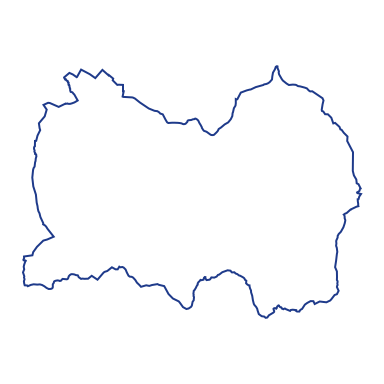 Varciorog, Bihor, Romania (Mercator projection)
{"feature_id": "2599482B6130450943921", "entity_name": "Varciorog", "entity_type": "district", "adm_level": 2, "iso_a3": "ROU", "parent_name": "Romania", "parent_adm1": "Bihor", "projection": "mercator", "projection_center": [22.291, 46.961], "detail": "fine", "context": "isolated", "style": "outline", "palette": "blue", "viewbox_px": 384, "rotation_deg": 0, "n_neighbors": 0, "source": "geoboundaries", "source_scale": "gbopen_adm2", "svg_char_len": 5855}
<svg xmlns="http://www.w3.org/2000/svg" viewBox="0 0 384 384"><path d="M336.9,294.2L338.6,290.8L336.9,287.0L337.1,285.9L337.6,285.0L337.3,283.5L337.6,281.9L337.5,281.0L336.9,280.0L337.0,277.1L336.9,271.4L335.1,267.2L336.1,260.7L336.9,253.9L337.3,251.9L336.8,247.8L336.1,245.8L336.4,243.4L336.2,241.6L336.3,240.5L337.6,237.6L337.7,235.8L338.2,235.0L338.7,234.0L340.7,232.0L341.2,231.2L343.4,227.3L344.7,223.4L345.3,220.6L345.2,219.7L344.7,218.4L344.6,216.1L344.1,214.9L343.8,214.6L344.8,213.8L346.7,213.0L350.6,209.5L350.9,209.6L351.5,209.1L356.5,206.7L358.4,206.2L358.2,205.5L358.2,203.8L357.8,201.2L357.7,199.3L358.5,199.2L359.3,196.5L361.0,194.0L357.4,193.1L357.1,192.4L358.8,191.4L359.5,190.8L360.2,188.2L360.5,188.2L358.5,184.2L356.7,183.3L356.3,179.5L353.9,175.4L352.8,170.9L353.0,152.2L347.2,141.0L347.5,136.5L343.8,132.8L341.6,129.8L340.4,129.4L339.5,126.9L335.1,122.9L333.3,123.4L331.3,117.7L327.9,114.3L325.1,114.2L323.3,111.5L322.0,111.0L321.7,109.9L322.6,104.2L323.5,100.5L322.5,98.2L312.3,91.3L310.2,91.4L308.8,90.5L306.9,88.4L304.7,87.6L300.2,86.4L298.0,86.1L296.4,85.1L295.6,84.8L292.9,84.6L288.9,85.0L286.5,83.5L282.8,80.5L281.6,78.8L279.1,74.4L278.7,72.7L278.9,71.3L277.5,68.0L277.5,66.4L276.9,66.2L275.8,66.8L274.9,69.4L273.0,72.6L272.3,76.5L272.0,79.5L269.6,82.2L267.8,83.4L266.2,84.0L264.1,84.4L263.3,85.0L255.8,87.1L250.7,89.5L249.7,89.6L246.7,90.4L240.8,92.6L237.3,99.3L236.4,99.4L235.8,99.1L235.8,103.3L235.5,105.6L233.9,108.2L233.0,112.2L232.6,113.1L232.3,116.1L230.8,119.2L228.2,122.4L224.7,124.4L220.9,127.6L218.7,129.0L217.8,130.9L216.7,132.2L214.0,134.8L212.9,135.1L211.2,135.0L210.3,134.5L206.6,131.8L205.1,131.2L204.2,131.0L203.3,130.1L201.9,127.9L201.8,127.2L200.3,124.4L199.7,123.6L198.2,120.5L197.0,119.4L195.6,118.6L194.9,118.7L194.5,119.1L192.9,119.3L191.2,120.0L188.8,120.2L187.9,120.5L187.5,121.0L187.3,121.9L185.5,123.8L183.9,124.2L182.8,124.0L181.6,123.4L179.6,123.0L177.0,122.8L172.5,122.7L168.3,123.0L167.1,122.3L165.5,119.6L162.8,114.4L161.8,114.0L160.3,113.6L159.1,112.3L157.4,111.2L154.5,110.8L148.8,108.5L139.9,102.5L134.9,98.5L133.0,97.6L132.1,97.4L123.3,96.9L122.6,96.6L123.7,91.3L123.0,91.3L123.0,84.9L118.6,84.7L117.3,84.9L112.7,80.3L113.2,78.6L108.8,75.0L108.6,75.4L102.4,69.9L95.3,78.1L89.8,74.2L81.1,69.6L77.0,77.0L76.7,77.2L72.9,74.5L69.4,72.9L64.1,77.4L64.2,77.8L64.5,77.9L64.7,78.7L65.0,79.0L65.1,79.5L65.3,79.6L65.8,79.3L66.2,79.9L66.1,80.1L66.8,80.8L67.6,80.9L68.0,81.9L67.9,82.3L68.0,82.5L68.4,82.4L68.6,82.6L68.5,84.4L69.0,84.7L69.0,85.0L68.8,85.2L69.1,85.6L69.4,85.6L69.5,86.0L69.6,87.6L69.9,87.9L69.9,88.5L70.2,88.9L70.1,89.4L70.2,89.6L70.2,90.6L70.7,91.9L72.4,92.3L73.7,94.0L74.2,94.3L77.7,100.5L74.5,102.4L71.8,103.4L69.9,103.9L68.0,103.8L67.4,103.5L65.4,103.9L65.3,103.7L58.7,106.9L49.8,103.0L48.1,102.8L43.5,104.9L46.7,109.6L44.7,116.4L38.9,123.3L39.6,128.2L40.2,130.1L37.5,135.6L36.2,140.8L35.0,140.9L34.9,146.3L34.4,146.6L34.0,147.9L34.1,149.1L34.6,150.5L34.4,151.7L35.2,153.0L35.0,153.5L35.1,154.0L35.8,154.1L36.3,155.0L36.2,155.5L36.4,156.4L36.2,156.9L36.1,157.5L35.8,158.3L35.5,161.2L35.1,162.2L34.6,166.6L33.6,168.1L33.1,169.8L32.3,177.6L33.3,186.4L35.9,194.6L36.7,202.7L37.5,206.1L37.8,208.6L38.4,211.2L39.5,213.3L40.4,217.0L43.3,223.3L43.1,224.3L45.1,225.5L46.2,226.7L47.5,228.8L53.7,236.7L47.2,239.5L43.3,240.6L37.0,246.8L33.2,252.1L32.4,255.3L24.0,256.5L24.1,258.1L23.4,259.8L23.6,260.3L25.5,260.5L25.8,260.8L25.2,261.7L24.2,264.6L23.7,266.8L24.2,269.3L23.0,272.4L24.3,276.3L24.0,277.5L24.4,278.7L24.5,279.5L23.9,281.2L24.2,283.5L24.7,285.3L27.2,285.5L27.8,286.2L30.9,284.9L33.6,284.3L37.3,284.6L39.9,284.4L42.1,285.0L44.4,286.3L46.5,287.9L48.7,289.0L50.9,288.9L51.9,288.5L52.5,288.0L52.8,287.1L52.8,284.3L53.7,283.0L54.1,281.5L54.9,281.0L55.8,280.7L57.5,280.4L58.9,280.6L59.9,281.0L61.1,280.6L61.8,279.6L62.7,278.9L66.7,279.3L67.5,279.1L68.1,278.3L68.8,276.2L69.9,275.0L71.2,274.2L72.9,274.2L74.5,274.5L76.2,275.2L77.0,275.2L77.9,275.4L78.7,277.2L81.1,278.9L82.2,278.6L84.4,278.8L88.1,278.7L91.7,275.8L97.5,279.7L103.5,272.7L104.5,271.9L107.3,271.0L111.9,267.3L115.5,269.3L117.7,269.3L119.3,266.7L120.3,267.3L122.4,267.0L123.7,267.6L125.6,269.5L126.8,272.4L128.5,275.7L129.7,276.6L131.6,276.8L132.7,277.3L133.4,277.9L135.3,280.0L136.9,282.6L139.5,285.1L141.0,286.8L146.2,285.3L149.3,285.9L152.1,285.0L157.5,284.1L158.8,284.8L164.2,286.1L168.5,294.0L172.9,298.5L178.8,301.4L180.0,302.9L183.0,307.1L186.4,309.0L188.6,308.5L191.0,306.9L191.5,306.2L191.9,305.4L192.6,301.8L193.7,300.3L194.0,297.0L193.5,296.0L193.7,294.7L193.4,293.9L193.8,290.7L194.5,290.1L196.0,287.6L196.4,286.6L197.3,285.0L197.7,284.7L197.7,283.4L198.4,282.2L199.5,281.2L200.5,279.9L201.3,280.2L203.5,279.7L204.0,277.8L204.8,277.0L205.4,277.1L205.4,278.2L206.2,279.7L206.6,280.1L209.5,279.7L210.1,279.3L211.4,277.4L214.3,277.6L216.6,276.6L218.0,274.9L219.2,274.6L222.3,272.2L227.6,270.3L230.5,270.7L231.7,272.3L232.0,272.4L234.4,272.3L235.6,273.5L237.3,274.1L239.1,275.5L240.1,275.7L243.0,277.3L244.2,278.2L244.7,279.0L244.9,279.7L246.3,280.7L246.1,283.3L247.2,284.4L248.6,285.3L249.5,285.4L249.5,286.1L250.0,288.3L251.0,290.5L251.1,292.4L252.2,295.7L252.9,300.2L253.8,303.8L254.3,304.8L256.2,307.0L257.2,308.8L257.6,310.5L258.8,314.1L261.7,316.2L264.3,316.6L265.6,317.8L265.9,317.8L267.3,317.5L268.9,315.3L273.4,312.6L274.1,311.9L274.2,311.0L273.7,309.9L273.5,308.8L274.0,308.3L275.0,308.1L276.2,308.7L276.7,308.1L276.6,307.8L277.3,306.4L278.4,305.4L278.7,305.4L279.1,305.7L279.2,306.2L280.1,307.1L281.2,307.3L281.4,307.5L281.6,308.1L281.9,308.3L282.2,308.8L282.8,308.8L283.3,309.2L284.9,308.5L286.0,309.2L290.1,310.9L290.8,310.0L292.7,309.7L296.0,310.1L295.8,310.7L297.0,311.5L299.4,311.5L300.0,310.3L300.8,309.6L302.1,308.9L304.9,304.6L307.3,302.9L310.6,301.1L313.4,301.2L314.7,304.0L319.7,301.5L326.4,302.3L330.2,300.5L331.3,299.3L334.6,295.0L336.9,294.2Z" fill="none" stroke="#1e3a8a" stroke-width="2"/></svg>